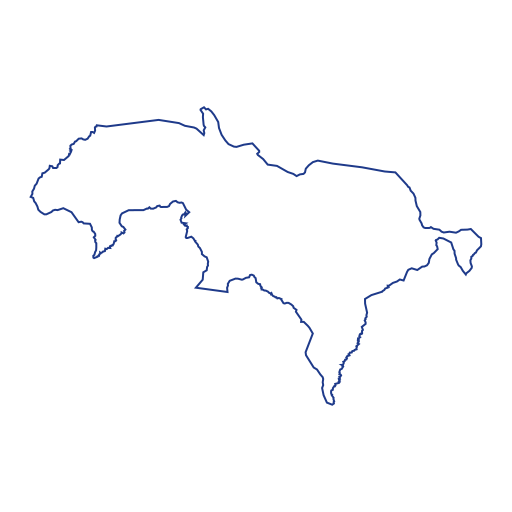 the district of Kwahu West, Eastern, Ghana
{"feature_id": "2480657B50723205918173", "entity_name": "Kwahu West", "entity_type": "district", "adm_level": 2, "iso_a3": "GHA", "parent_name": "Ghana", "parent_adm1": "Eastern", "projection": "orthographic", "projection_center": [-0.787, 6.491], "detail": "fine", "context": "isolated", "style": "outline", "palette": "blue", "viewbox_px": 512, "rotation_deg": 0, "n_neighbors": 0, "source": "geoboundaries", "source_scale": "gbopen_adm2", "svg_char_len": 6028}
<svg xmlns="http://www.w3.org/2000/svg" viewBox="0 0 512 512"><path d="M30.7,196.9L33.2,197.9L34.2,201.4L35.6,203.0L37.4,206.5L38.3,209.7L40.5,211.9L44.3,214.3L46.4,214.3L51.4,212.0L52.9,210.5L55.1,209.8L57.6,210.1L63.3,208.2L71.5,212.2L78.6,222.2L81.3,221.7L82.6,222.2L83.7,223.4L90.0,223.8L91.8,227.4L91.9,229.9L92.7,231.3L93.7,231.7L95.2,233.9L95.3,235.8L93.8,237.3L95.6,239.9L95.1,240.7L95.4,242.2L96.3,243.2L96.3,247.5L96.1,250.3L95.1,252.1L94.4,254.8L93.3,255.8L93.4,257.6L94.1,258.1L97.1,256.9L97.3,256.5L97.7,256.6L98.6,255.4L99.1,255.6L99.4,254.2L100.3,253.7L100.2,252.6L100.9,253.1L102.5,252.2L102.9,251.6L104.9,251.1L105.3,248.7L106.7,249.1L108.0,247.9L110.2,248.0L109.8,246.9L110.0,246.2L110.5,245.8L111.3,246.0L112.2,245.1L112.7,245.4L113.7,243.8L114.3,241.2L115.5,241.2L116.2,240.2L115.6,239.3L115.8,237.6L116.8,236.9L117.3,235.9L117.9,236.2L120.4,234.5L121.6,233.1L121.6,232.5L123.5,233.4L124.5,232.4L124.1,230.9L125.4,229.6L123.3,226.9L121.8,226.3L119.5,222.8L119.7,219.5L120.6,215.4L122.0,213.4L128.7,210.2L143.5,210.1L147.0,208.5L147.8,208.7L149.4,207.3L150.7,208.6L153.1,208.7L156.2,207.4L157.2,206.1L159.6,205.6L160.4,206.8L161.0,207.0L167.2,206.9L169.0,206.1L170.1,203.9L173.0,201.5L175.9,200.9L177.6,202.3L179.6,202.8L181.5,202.5L182.9,203.1L186.2,209.7L189.2,212.2L185.5,215.7L186.0,213.5L185.4,212.4L184.0,214.5L183.1,214.4L182.1,215.4L181.2,217.6L181.4,218.4L180.5,219.7L181.6,222.7L185.8,223.3L184.0,224.5L185.2,225.8L186.8,225.5L187.0,226.5L187.9,226.9L187.8,228.3L186.7,229.3L187.2,231.0L185.7,237.1L186.3,238.0L187.5,238.0L191.3,236.7L193.4,238.4L194.7,240.6L195.4,240.9L195.2,241.6L197.8,244.6L198.3,246.5L199.9,248.0L201.9,251.9L201.9,254.1L204.6,256.4L206.7,257.3L208.2,261.7L207.8,263.8L208.0,265.5L207.1,267.0L206.7,270.3L203.3,272.3L202.7,279.7L195.9,287.7L227.5,292.0L227.1,287.8L228.0,285.4L227.8,283.9L229.7,280.8L235.5,278.6L238.0,278.7L241.9,279.7L242.8,279.5L246.0,277.8L249.1,277.3L250.1,275.0L251.8,274.7L253.8,275.6L254.4,277.0L255.6,278.1L256.3,282.3L258.3,283.9L260.1,284.2L260.3,285.7L261.7,287.3L261.1,288.0L261.7,288.6L261.6,289.5L263.1,289.7L264.2,290.5L265.8,290.6L267.9,291.6L269.3,293.0L270.4,293.2L270.9,294.1L271.5,293.3L272.2,295.0L273.2,296.1L274.7,296.6L275.5,297.4L276.4,297.2L277.3,298.4L278.9,298.0L281.5,299.1L281.3,299.7L283.5,303.2L284.8,303.5L286.8,302.8L288.6,302.9L291.3,304.5L293.2,306.2L293.6,307.8L296.5,309.9L295.9,311.7L301.4,319.6L301.1,321.9L303.8,321.9L307.8,325.8L309.4,327.7L312.8,333.5L305.6,352.2L306.0,355.2L313.7,367.5L317.0,369.5L320.3,374.4L322.7,377.2L323.2,379.0L322.7,382.3L323.2,385.1L322.1,388.0L323.6,395.2L326.9,402.6L332.2,404.7L333.9,403.5L333.6,402.1L334.2,401.5L333.4,398.9L333.6,397.8L331.8,395.3L332.1,394.7L331.5,394.3L331.1,393.2L331.1,391.0L331.4,390.4L332.8,389.8L332.9,388.1L334.3,386.1L334.9,386.3L335.5,385.4L335.2,383.9L339.0,382.9L339.4,382.4L338.8,381.8L339.8,381.0L339.0,380.0L338.8,378.8L339.9,378.8L339.4,376.9L340.1,376.9L341.1,375.4L340.7,374.7L339.4,374.2L339.8,372.9L339.3,372.2L340.2,369.5L341.7,368.9L343.1,366.6L342.5,366.2L342.8,365.6L341.7,364.9L343.0,364.8L343.8,362.9L343.3,361.8L344.7,361.1L345.1,359.7L346.4,359.5L347.0,358.2L346.3,357.6L347.1,356.2L349.4,355.4L348.6,354.2L349.4,353.8L349.8,352.6L351.7,352.5L352.3,351.1L354.2,350.7L354.6,349.9L356.6,349.3L356.4,348.3L356.9,346.8L356.4,346.2L358.9,344.0L357.6,343.1L358.7,341.7L357.8,340.8L358.0,338.8L358.7,339.2L358.6,338.5L360.1,337.2L359.3,336.6L359.6,335.0L360.2,334.6L360.1,334.1L360.9,333.6L361.7,333.9L362.1,333.5L362.0,330.9L362.9,329.9L361.8,326.9L365.6,323.9L365.6,322.3L364.7,320.4L365.6,319.2L365.3,318.3L366.7,316.7L366.4,315.2L367.1,312.7L365.1,303.6L365.0,299.0L371.4,295.1L382.2,291.7L382.5,291.1L384.3,290.0L385.2,288.5L387.7,287.7L387.7,286.2L388.2,286.4L387.9,285.7L389.0,285.7L392.9,282.9L397.0,281.5L399.8,279.5L403.6,280.5L407.1,271.8L408.3,269.8L411.7,268.3L417.3,270.0L422.2,266.6L424.4,266.5L427.0,265.3L428.8,262.8L429.4,259.0L431.8,254.4L433.8,253.1L437.7,249.1L437.1,246.3L436.3,245.2L436.6,242.6L435.7,240.5L436.0,240.0L437.5,239.5L439.2,237.8L443.4,238.5L451.2,242.5L453.4,249.3L454.5,250.8L454.6,253.7L456.1,258.2L456.1,259.6L458.0,264.3L458.7,265.5L460.7,267.1L462.8,270.8L465.8,274.5L466.3,273.3L469.4,270.9L471.7,267.9L471.9,266.4L470.6,263.0L470.4,260.3L471.3,258.6L471.3,256.8L472.7,255.9L473.1,254.8L473.8,254.5L474.8,253.1L475.9,252.6L477.0,250.3L480.9,246.4L481.3,244.3L481.0,238.1L478.6,236.8L470.8,229.0L467.5,229.6L461.1,229.8L458.8,231.4L456.0,232.7L449.5,231.7L443.8,232.5L441.6,231.7L439.4,229.7L433.5,228.8L430.9,227.1L429.8,227.9L428.4,228.0L425.2,228.0L423.6,227.4L422.1,225.3L421.6,223.4L419.5,219.7L419.3,218.7L420.4,215.4L420.3,212.0L416.8,206.1L415.5,200.6L415.4,197.8L413.5,193.6L410.7,190.7L409.5,187.5L408.0,186.7L407.3,185.4L395.4,172.4L384.8,171.5L362.0,167.3L332.9,163.6L317.8,160.6L312.9,162.1L308.8,165.3L305.8,168.7L305.0,172.4L303.5,173.9L299.9,174.4L296.6,176.1L293.3,173.9L287.7,172.0L277.0,165.9L267.7,164.6L263.2,159.1L257.8,154.9L257.2,153.8L259.2,152.0L259.2,150.8L252.4,143.4L243.8,144.7L236.5,146.9L233.9,146.6L228.5,144.1L225.3,140.4L221.6,134.8L219.0,128.0L218.2,122.0L214.2,115.1L211.3,111.4L208.1,108.8L206.0,109.4L204.0,107.3L200.7,109.2L200.5,109.9L203.1,113.7L202.9,117.1L203.6,124.5L203.9,125.8L205.3,127.4L203.7,130.3L204.3,133.1L203.7,135.1L196.5,128.6L194.0,127.5L184.9,125.8L179.0,123.1L158.6,119.9L106.5,126.5L96.8,125.3L96.5,126.5L95.5,126.7L94.9,127.5L95.1,130.6L94.1,132.9L92.6,132.0L91.1,132.0L90.2,135.7L89.2,136.3L87.6,138.7L85.2,139.8L83.2,139.4L81.6,138.4L78.7,138.7L76.2,141.2L75.0,141.6L73.7,143.9L71.7,144.5L70.4,145.7L70.5,148.2L70.1,148.7L70.7,149.1L70.4,149.6L70.8,150.2L71.5,150.2L71.1,151.5L70.6,151.5L70.9,151.9L69.7,154.4L69.1,154.1L68.7,156.0L64.0,160.0L60.2,159.6L60.0,163.4L59.1,163.7L57.7,165.2L57.5,167.1L56.4,168.0L53.1,168.0L52.3,166.3L49.8,165.8L49.4,168.3L48.8,169.2L44.7,172.7L42.4,173.3L41.7,176.8L40.1,177.3L38.6,178.5L36.6,183.7L34.8,185.7L34.0,188.7L32.3,191.5L32.4,193.9L30.7,196.9Z" fill="none" stroke="#1e3a8a" stroke-width="2"/></svg>